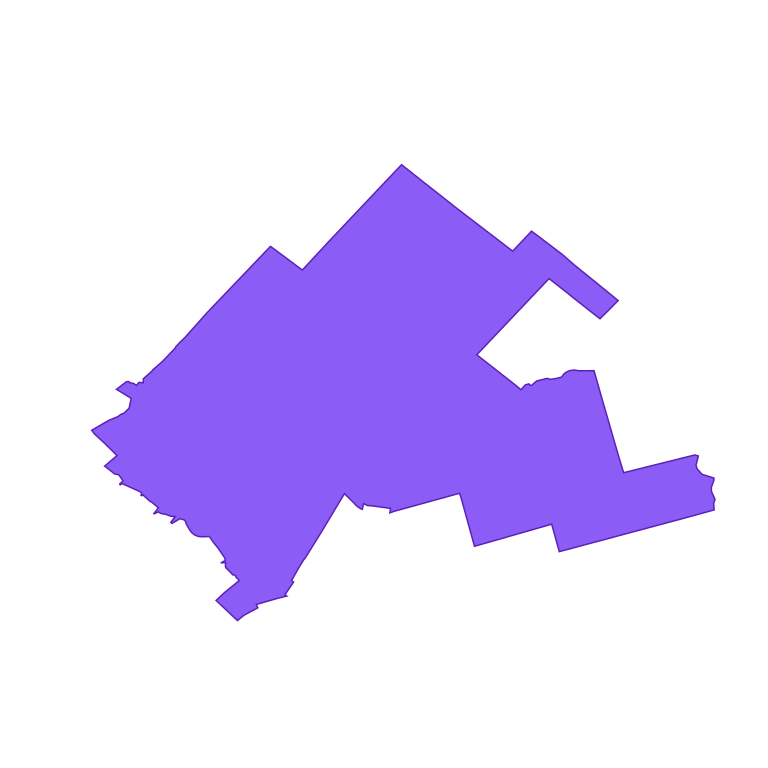 Vitanesti, Teleorman, Romania, rotated 345°
{"feature_id": "2599482B39756313784680", "entity_name": "Vitanesti", "entity_type": "district", "adm_level": 2, "iso_a3": "ROU", "parent_name": "Romania", "parent_adm1": "Teleorman", "projection": "natural_earth1", "projection_center": [25.463, 44.005], "detail": "fine", "context": "isolated", "style": "filled", "palette": "violet", "viewbox_px": 768, "rotation_deg": 345, "n_neighbors": 0, "source": "geoboundaries", "source_scale": "gbopen_adm2", "svg_char_len": 2411}
<svg xmlns="http://www.w3.org/2000/svg" viewBox="0 0 768 768"><g transform="rotate(345 384 384)"><path d="M631.3,363.3L629.1,360.3L621.2,349.3L620.1,347.9L616.5,342.8L598.3,317.8L589.6,304.8L566.1,274.5L542.7,289.0L499.0,232.1L472.4,196.5L457.7,176.7L437.6,189.0L368.3,231.6L334.6,252.8L310.9,222.8L309.9,221.7L242.9,262.4L230.8,269.8L207.5,285.1L203.2,287.9L198.2,290.6L192.7,294.0L191.4,295.4L175.8,304.9L164.4,310.4L163.8,311.1L160.2,313.0L152.8,316.7L151.8,320.5L147.7,319.0L144.5,321.3L141.9,318.3L140.9,318.2L139.1,317.2L138.3,315.7L135.9,315.1L124.2,319.9L136.1,332.5L131.5,341.4L128.1,343.3L124.6,345.2L122.7,345.0L118.4,346.6L108.8,347.9L103.1,349.4L89.7,353.0L91.3,357.1L98.6,368.7L107.6,384.0L92.9,391.0L100.6,401.2L104.4,403.1L106.4,408.8L106.8,410.1L102.8,412.2L103.1,413.1L105.2,412.4L120.0,424.5L121.2,425.9L121.6,427.9L120.5,428.5L121.0,429.2L122.4,428.7L127.1,436.1L129.6,438.7L134.0,445.2L127.7,450.0L132.8,449.2L135.2,451.4L139.8,453.6L143.7,456.5L147.9,458.0L142.3,462.4L143.0,463.8L152.2,461.3L155.9,463.6L156.9,466.3L156.6,467.5L158.3,474.0L159.9,478.0L162.3,481.1L165.4,483.3L168.7,484.5L175.8,486.1L178.2,492.7L179.2,495.1L181.1,499.2L184.9,510.1L185.2,511.1L184.9,513.4L180.1,514.5L184.8,515.7L183.8,518.4L183.6,520.4L187.6,527.4L188.5,529.2L190.0,529.6L190.8,530.7L191.2,532.6L192.5,534.7L193.1,536.5L184.6,540.3L176.1,544.1L165.8,549.6L181.2,574.6L189.0,571.1L196.6,569.3L204.2,567.5L204.1,567.2L203.6,563.9L214.5,563.7L225.4,563.5L235.2,563.7L233.7,562.0L245.4,551.9L243.8,549.9L255.3,538.3L261.7,532.3L262.1,532.4L267.5,527.4L284.7,511.3L317.4,479.7L323.3,489.7L325.9,494.5L328.9,498.2L330.6,499.5L333.3,494.2L336.8,497.3L339.6,498.1L358.1,505.8L356.3,510.0L361.2,509.6L377.8,509.5L428.7,509.1L429.0,513.7L429.4,564.2L509.7,562.8L509.9,591.3L638.5,591.3L654.4,591.2L670.3,591.1L671.6,584.5L673.9,581.2L672.5,572.5L673.4,568.6L675.2,566.0L677.3,563.1L677.7,562.4L678.0,561.5L678.3,560.2L667.9,553.6L664.5,547.1L664.4,543.1L669.0,534.9L666.0,533.0L656.9,532.8L592.5,531.7L591.9,513.5L590.8,456.4L590.3,425.5L575.8,421.7L571.3,419.7L567.2,419.2L563.5,419.6L560.8,420.6L557.3,423.3L551.6,423.2L546.0,422.6L543.0,420.8L532.2,420.6L526.4,423.4L524.6,423.1L524.1,421.4L520.3,421.4L514.8,425.0L510.7,419.1L481.2,379.8L508.8,362.9L570.7,324.9L584.4,343.2L588.1,348.3L601.2,365.9L609.5,376.9L620.7,370.5L631.8,364.0L631.3,363.3Z" fill="#8b5cf6" stroke="#5b21b6" stroke-width="1.5"/></g></svg>